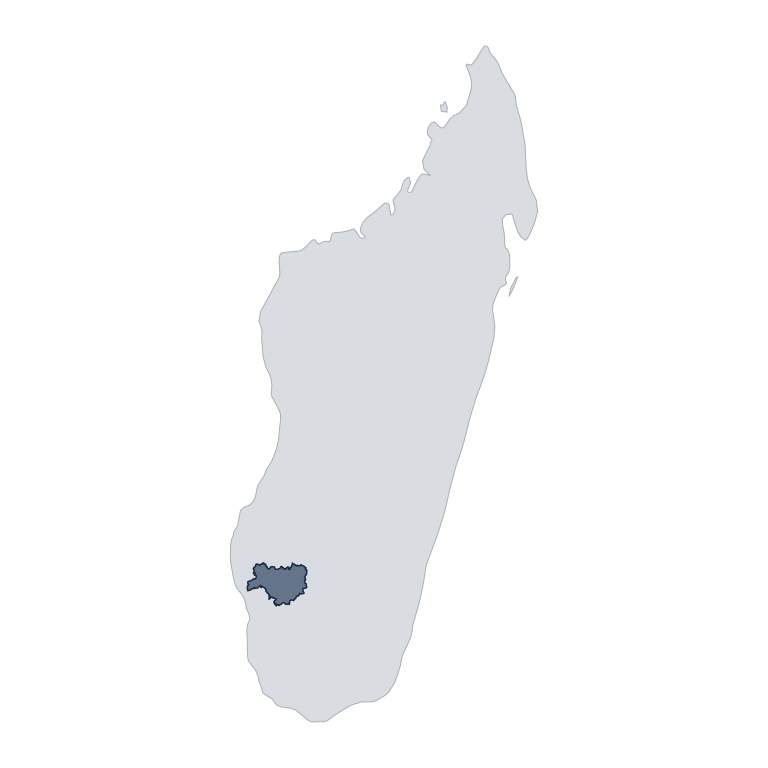 location of Sakaraha, Atsimo-Andrefana, Madagascar
{"feature_id": "10022922B49716742274905", "entity_name": "Sakaraha", "entity_type": "district", "adm_level": 2, "iso_a3": "MDG", "parent_name": "Madagascar", "parent_adm1": "Atsimo-Andrefana", "projection": "natural_earth1", "projection_center": [44.417, -22.83], "detail": "fine", "context": "in_parent", "style": "filled", "palette": "slate", "viewbox_px": 768, "rotation_deg": 0, "n_neighbors": 0, "source": "geoboundaries", "source_scale": "gbopen_adm2", "svg_char_len": 9006}
<svg xmlns="http://www.w3.org/2000/svg" viewBox="0 0 768 768"><path d="M498.3,63.7L500.3,68.9L502.5,73.9L509.6,86.1L512.6,90.7L515.2,95.7L516.4,105.6L520.9,121.0L525.0,144.1L526.2,167.8L527.4,178.7L530.7,188.9L536.1,199.6L537.7,211.4L534.3,223.6L529.4,235.0L528.1,237.2L525.9,240.1L524.8,240.0L521.0,237.0L517.9,232.2L514.0,220.8L512.5,215.0L510.9,214.1L506.2,214.6L502.8,218.2L502.2,220.5L502.9,226.9L504.1,232.7L504.6,238.6L504.7,246.0L505.9,248.2L507.8,250.1L509.6,254.9L509.9,266.5L508.7,272.3L505.4,277.3L505.5,280.1L506.7,282.9L505.5,284.6L501.2,286.8L499.4,288.7L497.0,293.8L493.1,304.2L492.5,309.5L494.8,325.7L494.0,337.2L489.0,359.1L486.1,369.5L482.1,381.9L475.9,398.3L469.7,418.9L464.4,440.1L460.6,452.8L456.2,465.4L450.2,487.6L445.1,510.1L437.5,534.8L427.2,562.5L426.1,566.1L423.9,580.2L421.5,592.5L418.7,604.6L412.9,624.7L412.2,630.8L410.9,636.8L405.3,649.4L403.0,654.0L401.4,659.0L400.4,665.3L398.7,671.4L394.7,682.6L388.7,692.2L384.6,695.7L375.8,700.8L371.3,701.8L361.5,701.9L351.9,704.8L342.0,710.4L332.4,716.8L328.7,719.8L324.7,721.6L312.1,721.9L308.3,720.5L295.7,710.1L290.8,708.3L281.5,706.9L278.7,706.0L276.1,704.6L272.4,699.1L264.9,694.5L263.1,693.1L262.0,689.9L261.2,686.4L259.3,682.6L257.9,675.2L255.4,670.1L248.5,661.0L247.8,658.1L247.2,648.5L247.4,642.0L246.8,630.1L247.5,624.5L249.9,619.5L248.9,614.0L246.4,608.3L245.4,602.3L243.5,596.9L236.2,587.2L234.5,582.4L233.4,577.4L230.6,562.0L230.3,556.6L230.6,545.2L231.6,539.3L233.4,535.3L233.8,532.2L235.0,529.6L236.7,527.5L237.8,525.0L240.5,510.4L243.9,507.2L249.0,505.4L253.1,501.6L255.4,496.4L257.7,485.8L264.2,475.3L266.4,469.8L271.6,461.5L276.2,449.7L277.6,444.2L278.6,438.5L279.8,426.1L280.6,419.9L280.5,413.8L277.8,407.5L271.6,396.1L271.3,394.0L271.8,385.5L271.3,379.3L269.0,373.2L266.0,367.5L263.1,356.7L261.7,338.9L262.0,332.4L261.1,326.7L259.0,321.3L260.5,311.8L279.3,277.3L279.9,273.2L279.1,262.7L279.5,256.6L280.2,254.3L281.6,253.0L284.8,252.4L300.1,250.9L302.0,249.8L305.8,246.9L311.0,241.3L313.4,239.6L315.5,240.2L316.8,242.6L318.5,244.0L324.7,241.4L327.0,241.3L329.4,241.7L330.6,239.4L331.2,236.3L332.1,234.1L333.8,232.8L341.7,232.1L346.7,231.2L353.3,229.0L354.7,229.5L359.9,237.3L361.5,238.0L363.6,238.3L365.4,236.9L361.1,232.8L360.5,230.4L360.7,227.8L363.0,222.1L366.8,217.8L375.4,211.2L384.2,203.6L386.8,203.0L389.0,204.3L390.6,213.2L390.4,214.7L391.8,214.9L393.5,213.8L394.9,210.2L395.0,207.2L393.8,204.3L393.3,201.8L393.2,199.6L397.7,194.3L401.3,189.2L402.9,183.2L404.4,180.4L408.1,177.2L409.2,177.7L410.0,180.3L410.5,183.0L409.5,185.7L408.2,188.3L407.6,191.9L409.7,192.6L411.7,191.7L414.6,185.3L417.9,179.2L419.9,176.1L422.4,173.9L426.5,174.4L430.5,175.7L424.0,169.3L422.4,160.6L430.2,145.4L430.3,142.3L431.5,141.3L432.0,140.1L428.0,135.0L427.2,132.5L427.8,128.6L429.7,125.2L431.5,122.8L434.0,121.9L435.9,123.2L440.2,127.4L443.1,128.0L446.7,124.0L449.6,119.0L453.9,115.5L458.9,113.4L466.4,105.5L471.3,88.9L471.7,84.0L470.7,78.2L469.0,72.6L466.1,65.6L466.9,64.1L471.0,65.0L472.4,64.0L476.8,57.9L484.2,46.1L486.6,46.1L488.7,48.3L489.5,51.5L490.9,53.9L495.8,59.5L498.3,63.7ZM446.9,110.3L447.0,112.1L441.4,111.3L440.5,105.1L443.3,104.9L443.9,102.3L445.5,102.0L447.3,107.6L446.9,110.3ZM513.9,287.3L509.0,296.5L510.4,288.8L516.1,277.8L517.7,276.9L513.9,287.3Z" fill="#d9dde1" stroke="#a8b0b8" stroke-width="1"/><path d="M306.9,570.7L306.6,569.9L305.5,569.5L305.4,569.3L305.3,569.1L305.7,568.8L305.7,568.6L305.8,568.3L305.8,567.8L305.7,567.5L305.5,567.4L305.1,567.3L305.0,567.0L304.8,566.9L304.7,566.8L303.0,565.7L302.1,565.5L301.3,564.9L300.9,564.8L300.7,564.9L300.4,565.3L300.2,565.6L299.9,565.9L299.0,565.8L298.2,565.5L297.6,565.5L297.4,565.6L296.9,565.3L296.7,565.5L296.6,565.9L296.4,565.9L295.4,565.3L295.0,564.7L294.3,564.2L294.1,564.1L293.7,564.3L293.4,564.0L293.0,564.0L292.8,563.7L292.5,563.4L292.5,563.7L292.5,564.1L292.2,564.7L292.0,564.9L291.9,565.4L291.7,565.7L291.9,565.9L291.7,566.2L291.4,566.5L291.3,566.9L291.2,567.0L291.0,567.3L290.8,567.4L290.5,567.7L290.2,567.6L290.1,568.7L290.0,569.3L289.4,569.6L289.1,569.5L288.9,569.4L288.5,567.6L288.2,567.0L288.0,566.9L287.8,566.9L287.5,567.3L287.0,567.7L286.8,568.0L286.5,568.2L286.3,568.3L286.2,568.7L286.1,568.9L285.7,568.8L285.7,568.6L285.5,568.8L285.4,569.1L285.1,569.1L284.8,569.2L284.7,569.2L284.6,568.6L284.3,568.6L284.1,569.0L283.8,568.9L283.7,568.5L283.4,568.4L283.2,568.4L283.2,568.2L283.3,567.9L283.2,567.7L282.7,567.3L282.4,567.2L282.1,566.8L281.8,566.9L281.4,566.5L281.2,566.5L281.0,566.9L280.7,566.9L280.6,567.1L280.6,567.3L280.8,567.8L279.7,568.5L279.0,568.7L278.1,569.1L277.2,569.3L276.7,569.2L276.0,569.3L275.1,568.8L274.8,568.2L274.6,567.3L274.4,567.2L274.1,566.8L273.8,566.8L273.0,566.8L272.8,566.7L272.2,566.8L272.0,566.7L271.6,566.6L271.3,566.7L271.0,567.0L270.4,567.1L270.2,568.0L269.8,568.5L269.3,568.6L269.0,568.8L268.5,568.9L268.4,569.0L268.0,568.9L267.8,568.4L267.7,568.2L267.5,567.9L267.4,567.9L267.2,567.7L267.2,566.9L266.1,566.3L266.1,566.1L266.2,565.9L265.9,565.7L265.9,565.4L265.6,565.3L265.7,564.4L265.6,564.2L264.6,564.1L264.0,563.9L264.1,563.6L263.8,563.1L263.7,563.2L263.0,563.0L262.9,563.2L262.8,563.7L262.7,563.7L262.4,563.5L261.7,564.2L261.4,564.1L260.9,564.3L260.7,564.3L260.5,564.8L259.8,565.2L259.2,564.7L258.5,564.8L257.8,564.2L257.4,564.2L257.0,564.0L256.8,564.2L256.3,564.2L256.0,564.4L255.7,564.7L255.7,564.9L255.9,565.0L255.6,565.4L255.7,565.6L255.7,565.9L255.4,566.4L255.0,566.8L254.3,567.1L254.1,567.2L253.3,568.7L253.4,568.9L253.6,569.0L253.9,569.1L254.0,569.2L253.9,569.7L253.9,570.0L254.1,570.2L254.2,570.6L254.1,571.1L254.0,571.4L254.0,572.0L253.7,572.2L253.6,572.4L253.5,572.6L253.5,572.8L253.4,573.1L253.8,573.4L254.1,573.3L254.2,573.1L255.2,573.3L255.0,573.9L254.8,574.1L254.5,574.4L254.3,574.7L254.3,574.9L254.4,575.0L254.7,575.0L254.9,575.3L255.3,575.3L255.8,575.4L256.0,575.7L256.4,575.8L256.4,576.2L256.2,577.4L256.1,577.6L255.8,578.0L255.6,578.5L255.4,578.6L254.7,579.3L253.9,578.9L253.1,579.1L252.9,579.3L252.8,579.6L252.7,579.7L251.8,580.1L251.5,580.2L250.9,580.6L250.6,580.8L250.1,580.8L249.8,581.0L249.2,581.1L248.8,581.4L248.3,581.4L247.9,581.7L247.8,582.9L248.0,584.1L248.3,584.4L248.8,584.8L248.6,585.0L248.3,585.0L248.1,585.0L247.9,585.5L247.9,585.9L247.8,586.0L247.4,586.5L247.3,587.8L247.3,588.3L247.4,589.0L247.5,589.6L247.9,590.1L248.0,590.3L247.9,590.6L248.7,590.5L249.5,590.1L249.8,590.2L250.4,590.0L252.0,588.8L252.4,588.7L253.2,588.7L253.4,588.6L253.8,588.2L254.0,587.7L254.3,587.5L254.6,588.0L255.1,588.4L255.3,588.3L256.1,587.9L256.7,587.9L257.0,588.1L257.4,588.1L257.8,587.8L258.0,587.4L258.4,587.2L258.9,586.6L259.3,586.3L260.1,585.5L260.3,585.4L260.5,585.5L261.0,585.8L260.8,586.5L260.7,587.1L260.9,587.4L261.4,587.5L261.7,587.1L261.9,586.7L262.1,586.6L262.3,586.8L262.8,587.0L263.1,587.0L264.0,587.6L264.8,588.2L265.1,588.3L265.6,588.7L265.8,589.0L265.8,589.5L265.6,589.9L265.9,590.4L265.9,591.0L266.0,591.3L266.2,591.5L266.6,591.6L266.8,592.0L266.9,592.7L267.1,593.0L267.5,592.9L268.1,593.2L268.6,594.4L268.7,594.5L268.9,594.8L269.2,595.0L269.3,594.9L269.4,595.2L269.4,595.5L269.8,595.9L270.0,596.2L269.9,596.4L269.8,596.5L269.0,596.4L269.0,596.6L269.2,597.1L269.4,597.3L269.7,596.9L270.0,596.8L270.6,597.4L270.2,597.6L268.9,598.8L269.1,599.2L269.5,599.0L270.6,597.8L271.7,597.0L272.2,597.4L273.1,597.6L273.1,597.9L273.4,597.9L273.9,598.3L274.8,598.4L275.7,598.6L276.1,598.8L276.1,599.0L275.4,600.3L275.2,600.4L274.8,600.6L274.2,601.1L273.9,602.4L274.0,602.6L274.2,602.9L274.5,602.9L274.6,603.1L274.6,603.7L274.8,604.0L275.1,604.3L275.1,604.6L275.6,604.9L275.9,605.5L276.1,605.7L276.3,605.2L276.3,604.3L277.0,605.1L277.3,605.0L277.5,605.0L277.6,604.8L277.8,604.7L278.2,604.8L278.3,604.9L278.5,605.3L279.1,605.4L279.6,605.2L280.0,604.6L280.5,604.6L281.0,604.3L281.4,604.0L281.9,603.6L282.2,603.2L282.9,603.0L283.1,602.8L283.8,602.6L284.1,602.6L284.4,602.8L285.4,604.1L285.8,604.4L286.1,604.4L286.3,604.2L286.9,604.1L287.2,604.1L287.8,604.4L288.4,603.7L288.7,603.9L288.9,603.8L289.2,604.0L289.4,604.2L289.5,603.8L289.4,603.0L289.7,602.0L289.7,601.5L289.7,601.2L290.3,600.4L290.7,600.1L290.9,600.0L291.1,600.0L292.3,600.2L293.3,600.2L293.7,600.4L294.2,599.9L294.9,598.6L295.2,598.5L295.4,598.6L295.8,598.1L296.1,597.2L296.8,596.1L297.1,596.0L297.5,596.1L298.0,596.1L298.4,595.9L298.8,595.5L299.0,594.9L299.3,594.4L299.5,593.5L299.8,593.8L300.0,594.0L300.3,594.0L301.0,593.7L302.4,593.9L302.9,593.7L303.5,593.3L303.9,593.1L303.6,592.8L303.6,592.6L303.8,592.6L303.6,592.2L303.2,591.7L303.2,591.3L303.0,591.2L302.7,590.3L302.9,590.2L303.0,590.0L303.2,588.4L304.5,588.3L305.5,588.1L305.9,587.8L306.3,587.8L306.6,587.6L306.8,587.1L306.8,586.6L306.4,586.1L306.1,584.7L306.1,583.7L305.4,583.4L304.8,582.9L304.9,582.1L304.5,581.5L304.4,581.2L304.6,580.8L305.3,580.4L305.5,580.1L305.6,579.7L305.5,579.4L305.1,579.2L305.3,578.8L305.4,578.5L305.2,578.2L305.1,577.5L304.8,577.1L304.8,576.8L304.9,576.6L305.3,576.0L305.9,575.0L306.0,574.8L306.4,574.6L306.5,574.4L306.7,573.8L306.5,573.3L306.6,572.2L306.7,571.9L306.6,571.6L306.9,570.7Z" fill="#64748b" stroke="#1e293b" stroke-width="1.5"/></svg>